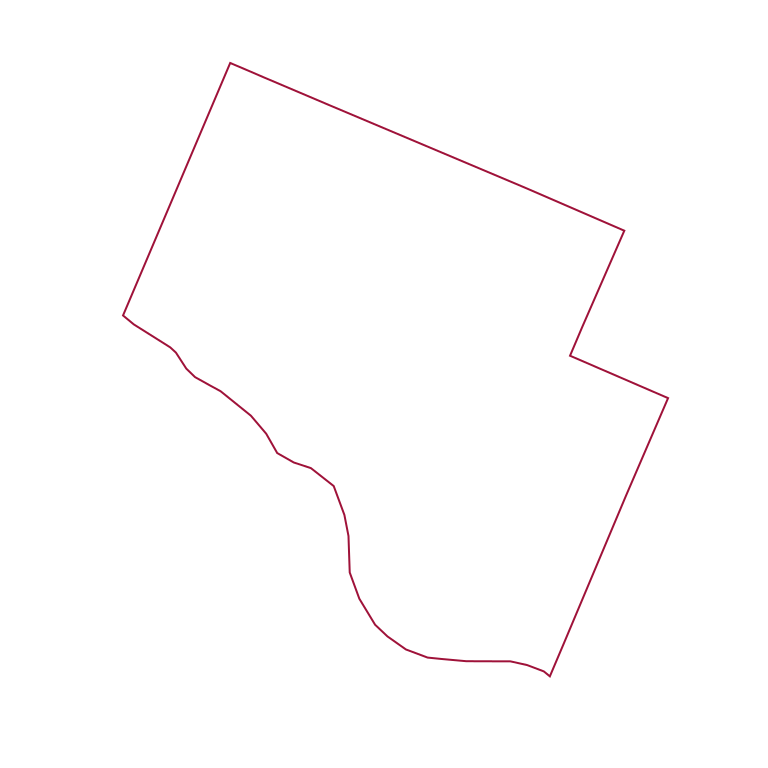 Manitowoc, Wisconsin, United States of America, rotated 113°
{"feature_id": "52423323B20769753681937", "entity_name": "Manitowoc", "entity_type": "district", "adm_level": 2, "iso_a3": "USA", "parent_name": "United States of America", "parent_adm1": "Wisconsin", "projection": "albers", "projection_center": [-87.714, 44.11], "detail": "fine", "context": "isolated", "style": "outline", "palette": "rose", "viewbox_px": 768, "rotation_deg": 113, "n_neighbors": 0, "source": "geoboundaries", "source_scale": "gbopen_adm2", "svg_char_len": 658}
<svg xmlns="http://www.w3.org/2000/svg" viewBox="0 0 768 768"><g transform="rotate(113 384 384)"><path d="M392.6,117.6L286.0,117.0L285.3,223.8L254.0,223.8L149.0,222.7L148.2,330.0L148.7,543.8L148.7,614.9L148.6,632.9L148.6,651.0L422.9,651.0L426.9,637.6L433.8,595.1L436.4,587.8L447.1,572.0L451.5,560.6L453.3,543.9L454.5,531.6L465.2,494.1L475.8,473.0L489.3,455.3L491.5,436.4L490.0,418.4L497.6,390.4L520.0,369.3L520.9,368.7L537.8,357.3L570.9,341.9L591.3,322.8L609.1,298.1L615.0,282.2L619.8,260.1L618.8,237.0L614.7,223.8L607.0,199.9L589.9,159.2L586.8,142.4L586.1,124.6L588.3,117.1L552.8,117.1L392.6,117.6Z" fill="none" stroke="#9f1239" stroke-width="2"/></g></svg>